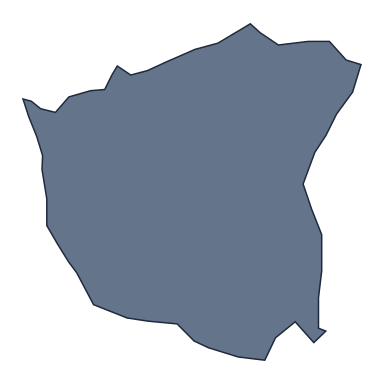 Klonari, Limassol, Cyprus
{"feature_id": "46923920B45851080898920", "entity_name": "Klonari", "entity_type": "district", "adm_level": 2, "iso_a3": "CYP", "parent_name": "Cyprus", "parent_adm1": "Limassol", "projection": "mercator", "projection_center": [33.179, 34.828], "detail": "fine", "context": "isolated", "style": "filled", "palette": "slate", "viewbox_px": 384, "rotation_deg": 0, "n_neighbors": 0, "source": "geoboundaries", "source_scale": "gbopen_adm2", "svg_char_len": 755}
<svg xmlns="http://www.w3.org/2000/svg" viewBox="0 0 384 384"><path d="M23.0,99.0L28.7,116.6L36.7,136.4L42.6,155.6L42.0,169.5L46.8,198.9L46.8,225.6L57.4,243.8L68.6,261.9L76.6,272.6L93.6,304.7L102.2,308.1L127.1,318.0L148.4,321.2L177.1,323.9L194.1,341.0L209.0,348.0L209.5,348.1L238.3,357.0L264.8,360.2L275.5,337.8L295.2,321.8L313.8,342.6L325.8,331.1L318.5,328.2L318.5,297.7L321.7,271.0L321.7,234.7L311.6,209.1L303.1,184.0L314.8,152.4L326.0,135.3L336.6,114.0L352.6,92.1L361.0,64.6L346.1,60.0L329.4,41.4L308.3,41.4L278.4,45.0L260.0,32.6L250.3,23.8L217.8,43.2L194.9,49.4L166.8,61.7L147.4,70.6L130.7,75.0L117.3,66.0L112.1,74.6L104.7,89.5L90.5,90.7L68.9,96.9L55.4,112.4L40.6,108.7L31.3,101.2L23.0,99.0Z" fill="#64748b" stroke="#1e293b" stroke-width="1.5"/></svg>